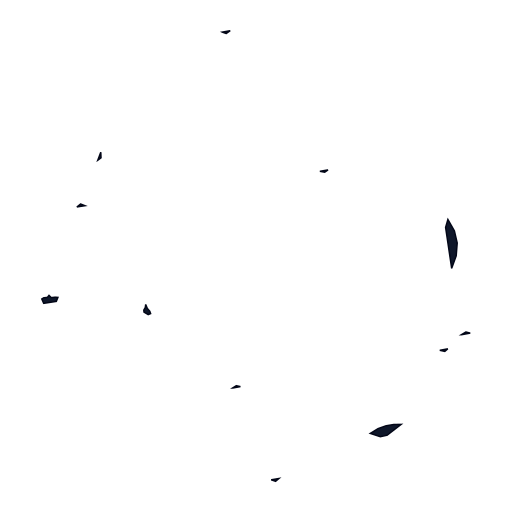 outline of Lhaviyani
{"feature_id": "MDV-5229", "entity_name": "Lhaviyani", "entity_type": "Atoll", "adm_level": 1, "iso_a3": "MDV", "parent_name": "Maldives", "parent_adm1": "", "projection": "natural_earth1", "projection_center": [73.476, 5.394], "detail": "fine", "context": "isolated", "style": "filled", "palette": "ink", "viewbox_px": 512, "rotation_deg": 0, "n_neighbors": 0, "source": "natural_earth", "source_scale": "10m", "svg_char_len": 1090}
<svg xmlns="http://www.w3.org/2000/svg" viewBox="0 0 512 512"><path d="M447.9,219.5L454.4,230.9L457.2,243.0L456.2,255.8L451.7,268.2L451.7,268.5L445.6,227.4L447.9,219.5ZM401.1,424.4L387.1,435.2L380.3,436.7L370.6,433.5L370.3,433.4L378.1,428.6L386.0,425.8L393.7,424.5L401.1,424.4ZM49.0,295.4L51.2,297.6L51.3,297.6L55.1,297.2L55.5,297.2L57.9,297.4L56.3,301.4L43.9,303.3L43.7,303.3L41.8,299.0L43.7,297.8L47.4,297.4L49.0,295.4ZM145.7,304.4L145.8,304.8L147.3,308.4L149.8,311.3L150.6,313.6L148.2,314.6L144.0,312.1L143.8,310.1L145.3,307.5L145.7,304.4ZM84.9,205.7L77.2,206.9L76.8,207.1L80.6,204.0L84.9,205.7ZM100.8,152.2L100.8,152.7L101.0,157.8L98.1,160.0L97.8,160.2L100.8,152.2ZM278.9,478.5L275.7,481.2L275.6,481.3L271.2,479.8L278.9,478.5ZM230.2,30.7L226.2,33.5L222.5,32.2L222.3,32.1L230.2,30.7ZM447.9,348.8L447.7,348.9L444.8,351.4L439.8,350.3L447.9,348.8ZM470.2,333.1L461.6,334.7L461.4,334.7L465.9,332.0L470.2,333.1ZM328.0,169.9L324.7,172.2L319.9,171.3L328.0,169.9ZM240.4,386.6L232.8,388.0L232.6,388.0L236.3,385.7L238.1,386.1L240.4,386.6Z" fill="#0f172a" stroke="#020617" stroke-width="1.5"/></svg>